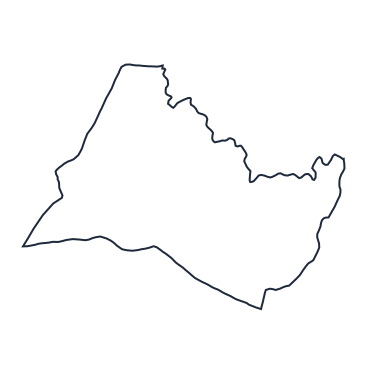 the district of Kaoh Soutin, Kâmpóng Cham, Cambodia, rotated 200°
{"feature_id": "14789045B43431030516804", "entity_name": "Kaoh Soutin", "entity_type": "district", "adm_level": 2, "iso_a3": "KHM", "parent_name": "Cambodia", "parent_adm1": "Kâmpóng Cham", "projection": "equal_earth", "projection_center": [105.361, 11.887], "detail": "fine", "context": "isolated", "style": "outline", "palette": "slate", "viewbox_px": 384, "rotation_deg": 200, "n_neighbors": 0, "source": "geoboundaries", "source_scale": "gbopen_adm2", "svg_char_len": 3897}
<svg xmlns="http://www.w3.org/2000/svg" viewBox="0 0 384 384"><g transform="rotate(200 192 192)"><path d="M162.0,113.0L159.7,112.2L155.9,111.6L152.0,111.0L149.1,110.8L146.3,110.5L143.2,110.0L140.3,109.4L137.6,109.2L134.9,109.2L131.9,108.8L129.4,108.2L127.0,107.9L123.6,107.6L120.4,107.4L116.1,106.6L112.9,106.3L102.6,106.4L100.1,105.6L96.3,105.5L92.2,105.4L87.1,105.6L87.4,108.0L87.8,112.6L88.6,119.0L89.0,122.2L89.1,125.2L87.3,126.6L85.6,127.8L83.2,128.3L79.8,128.6L76.2,131.3L73.3,134.2L70.9,136.0L68.7,137.2L64.1,146.5L62.1,151.2L61.0,156.1L59.6,161.0L58.3,164.7L55.5,168.2L54.7,169.4L54.2,173.3L53.6,178.7L53.4,183.2L55.0,187.1L57.4,190.3L58.9,192.3L59.9,195.4L59.6,199.1L59.5,203.8L60.1,206.7L60.2,209.9L59.2,212.3L57.9,213.5L55.0,214.8L54.2,219.4L52.9,227.1L52.6,231.3L52.2,235.8L51.8,238.9L52.3,242.0L53.3,245.1L55.0,247.1L56.0,249.1L57.3,253.1L57.8,255.7L57.7,259.9L57.0,263.1L56.8,266.3L57.4,267.8L58.8,271.2L60.3,273.8L60.8,275.1L61.6,274.6L64.5,275.5L68.3,275.9L70.7,276.1L72.0,273.8L72.3,269.9L73.8,264.1L76.0,263.1L79.1,263.9L81.7,267.6L84.1,268.5L85.2,267.1L86.1,264.7L87.1,259.0L87.2,255.5L84.3,253.7L82.9,253.0L82.2,252.0L81.7,250.4L80.8,247.7L81.4,245.1L83.0,245.1L85.6,247.5L88.8,248.7L91.4,247.6L92.6,246.0L94.3,243.0L96.1,241.7L98.0,242.3L100.8,243.3L103.2,243.5L105.8,241.7L107.7,240.2L110.2,239.5L112.7,239.5L115.0,239.9L117.2,238.8L119.0,236.5L121.8,233.6L123.5,232.4L126.6,232.1L129.5,232.2L132.9,231.7L135.0,230.3L136.0,227.5L137.7,223.3L139.2,222.0L140.7,221.3L141.8,222.6L142.9,226.3L144.3,231.7L146.3,232.7L149.1,234.4L151.4,236.7L153.4,238.7L153.8,240.9L153.3,243.9L153.3,245.5L154.6,247.0L156.0,248.2L157.6,249.3L159.9,251.1L161.8,252.2L162.8,251.9L164.8,250.4L166.8,250.3L168.2,252.7L169.9,255.1L171.9,255.6L174.5,255.6L175.8,254.8L176.9,252.8L178.6,251.5L180.8,250.9L181.7,250.4L182.8,249.5L185.3,247.9L187.2,246.7L187.9,246.5L190.3,247.8L191.2,249.0L192.0,251.7L192.5,254.8L194.2,256.0L196.2,257.0L198.4,257.8L200.6,259.0L201.5,260.1L202.0,262.1L202.5,265.6L203.3,266.6L204.2,267.6L206.0,268.4L208.1,268.7L210.9,268.5L213.0,268.5L214.8,269.6L216.6,271.4L219.5,273.0L222.8,273.7L224.0,275.7L224.9,279.2L226.0,279.7L227.6,279.1L230.4,276.7L233.4,273.7L236.2,270.5L237.6,266.2L238.4,264.7L240.0,265.0L241.8,265.7L243.9,266.5L244.7,266.7L245.2,269.8L243.7,273.0L243.6,274.0L244.6,274.7L246.3,274.7L248.3,274.9L249.5,275.3L250.1,275.7L250.8,276.6L251.3,277.8L251.8,279.4L252.1,281.0L251.2,283.5L251.3,285.1L252.0,286.5L253.0,288.6L254.4,289.8L257.6,291.3L259.3,292.8L259.2,295.0L259.0,298.0L260.0,298.5L262.1,297.8L262.5,299.8L262.8,300.9L263.7,300.3L264.7,299.5L267.0,298.2L268.8,297.5L271.6,296.7L276.0,295.2L280.9,293.8L284.7,292.9L287.9,291.8L290.9,291.1L294.0,290.6L298.0,288.9L301.0,285.5L301.5,282.2L301.6,278.3L302.6,271.1L302.8,264.2L302.9,261.7L303.9,255.6L304.7,251.0L305.5,240.0L306.0,236.1L306.3,231.9L307.0,223.5L308.2,217.8L310.3,210.9L310.5,204.1L310.4,199.0L310.3,195.4L310.7,192.0L311.4,187.8L313.0,184.8L314.5,182.2L316.7,180.1L319.0,178.2L321.9,174.7L323.4,172.1L325.2,169.5L326.7,166.5L327.2,164.7L325.7,162.2L324.6,161.2L323.4,160.2L322.6,158.0L320.7,156.1L320.1,155.2L319.0,152.5L318.0,150.3L315.9,148.0L314.2,146.2L312.5,144.4L312.3,142.0L318.5,133.7L324.3,119.2L328.3,103.3L330.2,92.9L332.2,83.1L330.2,83.9L328.0,84.8L324.8,86.7L321.4,88.7L318.8,90.7L316.1,92.2L312.4,93.9L309.0,95.6L305.9,97.5L303.0,98.5L300.4,99.4L297.6,101.2L293.7,103.9L288.1,106.9L282.0,108.7L275.8,110.2L272.6,112.0L270.1,114.3L267.3,116.4L263.0,118.8L256.6,119.1L252.0,118.6L248.6,117.7L247.2,117.2L244.2,115.9L238.2,114.3L233.6,114.9L228.0,116.4L223.4,118.7L219.6,121.1L215.8,123.2L212.7,125.3L210.1,127.5L208.8,128.0L206.1,128.0L201.5,126.7L198.8,125.8L195.6,125.1L191.8,123.9L188.7,122.9L186.0,121.6L183.1,120.2L179.3,119.0L178.2,118.8L176.8,118.4L174.6,117.8L171.1,116.4L167.9,115.3L164.4,113.9L162.0,113.0Z" fill="none" stroke="#1e293b" stroke-width="2"/></g></svg>